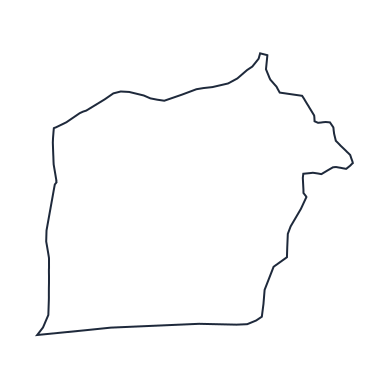 outline of At Tawisha, North Darfur, Sudan, rotated 177°
{"feature_id": "16777658B99134318369126", "entity_name": "At Tawisha", "entity_type": "district", "adm_level": 2, "iso_a3": "SDN", "parent_name": "Sudan", "parent_adm1": "North Darfur", "projection": "albers", "projection_center": [26.309, 12.46], "detail": "fine", "context": "isolated", "style": "outline", "palette": "slate", "viewbox_px": 384, "rotation_deg": 177, "n_neighbors": 0, "source": "geoboundaries", "source_scale": "gbopen_adm2", "svg_char_len": 2668}
<svg xmlns="http://www.w3.org/2000/svg" viewBox="0 0 384 384"><g transform="rotate(177 192 192)"><path d="M326.6,263.0L326.7,262.5L327.2,259.0L328.0,252.8L328.4,248.6L328.4,248.4L328.5,242.9L328.6,236.5L328.6,234.8L328.7,229.6L328.7,226.7L327.4,215.5L327.2,213.7L326.8,210.3L327.0,210.1L326.8,208.8L328.6,206.7L329.6,202.6L330.7,197.9L331.7,193.6L339.3,161.2L340.2,150.2L339.7,146.1L339.0,140.2L338.5,135.7L338.3,133.8L338.3,132.8L338.8,123.1L338.9,122.7L339.1,118.8L339.2,115.6L339.6,108.4L340.0,102.7L340.4,95.3L340.4,94.9L340.5,93.3L340.7,90.7L341.3,83.7L341.9,76.8L341.9,76.7L345.2,70.0L346.7,66.9L347.9,64.5L353.3,58.2L354.1,57.3L306.2,59.5L280.3,60.8L191.9,60.0L154.5,57.2L143.8,57.1L134.7,60.3L128.8,63.8L126.5,76.4L124.6,90.5L114.4,113.1L100.6,121.9L99.8,131.5L98.5,145.2L95.3,152.5L84.1,169.5L78.0,181.0L78.2,181.5L80.7,185.1L80.7,185.9L80.6,188.3L80.6,192.4L80.6,195.6L80.6,196.0L80.6,197.8L80.6,198.8L80.6,199.4L80.6,200.3L79.9,204.4L77.5,204.5L72.9,204.7L71.7,204.8L71.3,204.8L70.3,204.9L70.0,204.8L69.3,204.7L65.3,203.9L62.4,203.2L61.8,203.1L60.5,203.8L59.0,204.6L58.6,204.8L55.6,206.4L55.0,206.7L50.3,209.1L49.9,209.3L49.0,209.3L48.1,209.4L47.4,209.4L47.2,209.4L46.3,209.3L44.7,208.9L43.4,208.6L43.2,208.6L41.6,208.2L41.2,208.1L40.9,208.0L39.3,207.6L39.1,207.6L38.0,207.3L37.6,207.2L37.0,207.1L36.7,207.1L36.5,207.3L36.1,207.5L35.9,207.7L35.7,207.8L35.5,208.0L35.4,208.1L35.2,208.2L34.9,208.4L34.7,208.5L34.4,208.8L34.2,208.9L34.0,209.0L33.7,209.3L33.4,209.5L32.8,209.9L32.7,210.0L32.2,210.4L31.9,210.7L31.9,210.8L30.7,211.8L30.5,212.0L30.4,212.1L30.2,212.2L30.2,212.3L29.9,212.5L30.1,213.7L30.2,214.1L31.4,218.1L31.5,218.6L31.7,219.2L32.1,220.7L34.0,222.8L35.0,223.8L36.4,225.4L39.4,228.6L41.6,230.9L41.6,231.0L44.5,234.3L44.9,234.7L45.7,235.6L45.7,236.0L45.8,236.1L45.9,236.7L46.9,242.0L47.1,243.3L47.1,243.7L47.3,246.1L47.4,248.5L47.5,249.2L50.6,254.3L54.8,254.9L57.7,254.8L59.7,254.6L60.4,254.6L62.4,254.5L62.5,254.5L65.9,256.2L65.9,256.3L65.9,257.0L65.9,257.7L65.9,258.5L65.9,259.0L65.9,260.4L66.0,261.6L66.0,262.0L68.2,266.1L70.7,270.7L70.9,271.2L72.2,273.5L74.4,277.6L75.0,278.8L75.9,280.4L77.0,282.3L90.2,284.9L92.2,285.3L94.7,285.8L96.8,286.2L99.2,286.7L101.5,291.4L101.5,291.6L101.7,291.9L102.1,292.8L103.5,294.5L107.9,300.1L108.8,302.3L109.5,304.4L111.7,310.7L109.6,324.4L109.6,324.7L116.7,326.9L118.5,321.6L125.2,314.1L130.6,310.9L140.8,303.0L150.3,298.5L166.1,295.7L175.0,295.2L182.2,294.4L197.1,289.7L214.9,284.6L221.9,286.0L228.7,287.7L235.1,290.9L249.5,295.2L257.9,296.1L265.4,294.6L274.3,289.1L293.4,278.8L296.5,278.0L300.0,276.6L313.8,268.2L324.7,263.6L325.8,263.3L326.6,263.0Z" fill="none" stroke="#1e293b" stroke-width="2"/></g></svg>